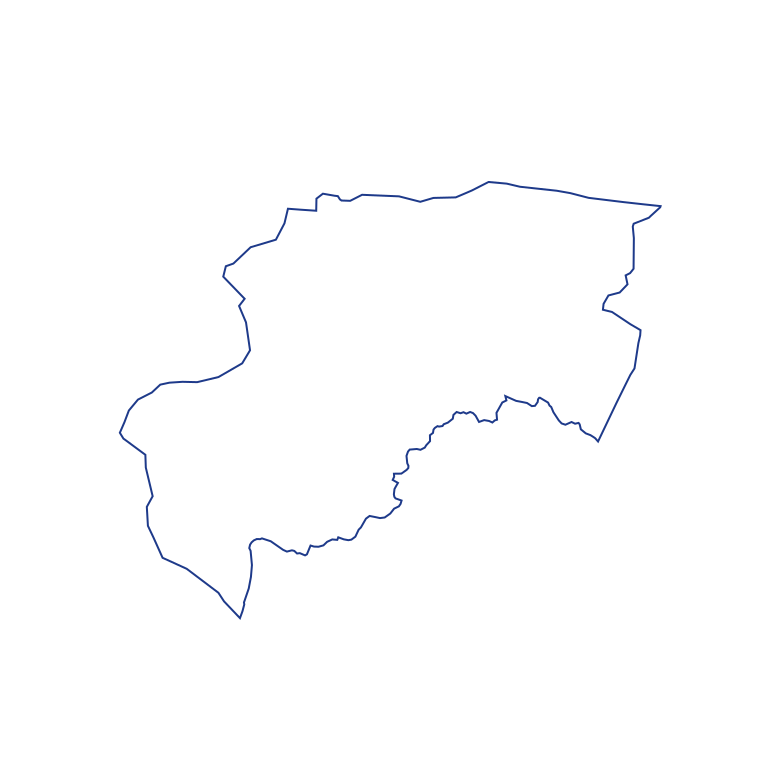 Mayo-Banyo, Adamaoua, Cameroon (Mercator projection), rotated 203°
{"feature_id": "32672807B95498803014525", "entity_name": "Mayo-Banyo", "entity_type": "district", "adm_level": 2, "iso_a3": "CMR", "parent_name": "Cameroon", "parent_adm1": "Adamaoua", "projection": "mercator", "projection_center": [11.642, 6.615], "detail": "fine", "context": "isolated", "style": "outline", "palette": "blue", "viewbox_px": 768, "rotation_deg": 203, "n_neighbors": 0, "source": "geoboundaries", "source_scale": "gbopen_adm2", "svg_char_len": 2806}
<svg xmlns="http://www.w3.org/2000/svg" viewBox="0 0 768 768"><g transform="rotate(203 384 384)"><path d="M608.1,235.9L602.5,231.9L600.6,231.5L576.0,225.6L570.6,214.0L553.1,190.3L554.1,180.5L554.3,178.2L545.9,161.2L536.2,152.6L519.9,137.5L493.4,136.8L454.8,127.1L446.3,121.4L425.1,112.2L425.5,119.6L426.5,126.5L427.6,128.3L427.6,129.2L428.6,142.9L431.1,154.4L434.8,165.7L441.6,178.3L443.1,179.6L443.9,180.3L444.5,183.8L444.0,186.5L442.7,189.2L440.5,191.6L437.4,192.8L436.0,194.2L426.8,195.0L412.0,191.9L407.9,191.8L403.8,194.9L402.8,195.1L401.3,195.3L397.8,194.0L395.4,195.4L389.7,195.4L388.4,197.1L388.5,205.5L388.5,206.6L384.9,207.0L380.7,208.6L376.7,211.8L374.7,216.5L370.9,220.7L366.9,222.0L366.1,222.3L366.2,225.0L360.3,225.3L355.8,226.3L353.2,228.0L350.7,232.3L350.4,240.0L349.2,243.0L348.0,253.0L345.7,256.9L340.0,258.1L335.3,259.0L331.2,261.4L327.6,267.2L326.0,273.2L322.5,277.2L321.9,280.1L322.3,283.6L328.7,283.2L330.4,284.2L331.8,286.3L333.3,291.4L333.0,294.5L332.5,298.4L338.5,299.1L338.4,302.6L339.8,305.3L333.0,308.3L329.6,313.8L328.8,316.1L329.5,318.2L331.6,320.1L335.2,326.6L335.5,331.2L334.7,333.7L333.7,334.2L328.4,337.0L324.7,337.7L321.6,341.4L321.2,344.1L319.3,349.4L321.7,354.8L319.8,358.1L320.6,361.4L320.0,363.5L318.3,366.1L316.7,366.3L313.7,368.2L313.3,370.3L310.1,373.4L309.9,373.8L307.1,378.9L308.0,382.7L306.2,386.6L302.1,387.0L299.8,389.1L296.6,388.9L293.8,391.9L290.7,392.0L287.3,390.6L281.7,386.2L277.7,389.9L272.9,391.0L272.2,391.0L269.2,390.9L267.8,393.8L266.0,395.3L269.2,401.4L267.9,413.2L264.9,416.7L267.6,420.3L255.8,420.1L250.3,421.3L244.9,422.4L239.3,421.4L236.5,422.9L235.5,427.4L236.2,430.1L235.8,431.9L235.1,432.3L225.7,431.0L223.2,428.8L221.1,428.2L217.0,424.2L210.1,419.6L208.9,418.8L205.1,417.1L201.1,417.4L196.5,422.3L192.6,422.1L189.7,424.2L188.1,423.3L185.1,419.2L179.0,417.4L174.0,417.6L170.3,417.0L168.4,416.6L164.5,414.7L162.6,457.6L161.4,478.7L160.8,488.7L159.5,496.2L165.8,521.0L167.2,528.9L168.9,533.8L180.5,535.3L202.3,539.4L208.4,538.4L211.5,537.9L213.2,543.6L212.0,553.2L202.8,560.3L198.8,570.9L204.0,578.4L200.8,582.2L199.3,587.6L211.0,615.9L216.5,626.1L216.8,629.1L205.1,640.6L204.2,642.8L198.8,654.6L198.9,655.8L215.0,650.9L234.7,645.0L268.4,635.3L287.1,632.5L300.5,629.4L335.9,618.7L349.3,616.4L366.7,610.8L378.7,596.5L382.7,592.3L390.9,583.8L411.2,574.6L421.8,565.9L443.5,562.6L470.9,552.3L478.1,549.6L486.7,539.4L494.8,536.3L496.7,536.7L499.9,538.9L503.0,538.0L514.6,535.3L518.6,528.2L514.1,517.0L528.8,511.9L540.9,507.8L538.4,493.0L539.9,474.6L560.2,457.8L569.7,436.0L575.6,430.6L573.9,420.0L545.6,408.0L547.9,399.2L535.1,386.8L520.5,362.7L522.6,347.6L539.1,325.7L556.7,312.7L570.3,307.3L582.0,301.4L589.7,296.0L594.4,285.4L596.1,283.4L604.4,273.5L608.5,259.9L608.0,247.4L608.1,235.9Z" fill="none" stroke="#1e3a8a" stroke-width="2"/></g></svg>